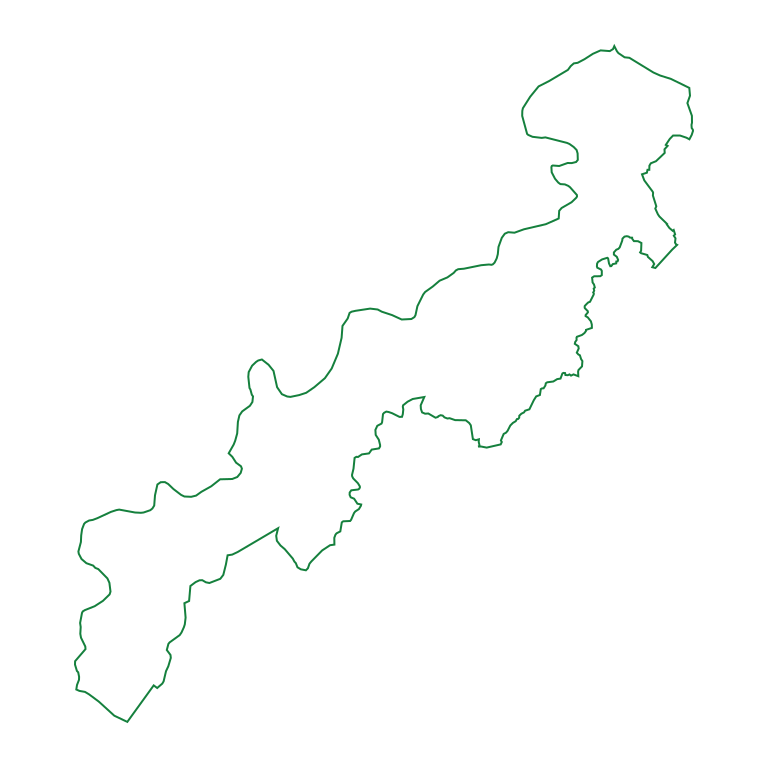 outline of Tuzamapan de Galeana, Puebla, Mexico
{"feature_id": "50627088B82923584373412", "entity_name": "Tuzamapan de Galeana", "entity_type": "district", "adm_level": 2, "iso_a3": "MEX", "parent_name": "Mexico", "parent_adm1": "Puebla", "projection": "mercator", "projection_center": [-97.528, 20.103], "detail": "fine", "context": "isolated", "style": "outline", "palette": "green", "viewbox_px": 768, "rotation_deg": 0, "n_neighbors": 0, "source": "geoboundaries", "source_scale": "gbopen_adm2", "svg_char_len": 6067}
<svg xmlns="http://www.w3.org/2000/svg" viewBox="0 0 768 768"><path d="M76.3,689.5L79.4,690.9L85.0,691.9L89.0,694.3L98.8,701.6L114.3,715.7L127.3,721.9L153.7,685.4L157.2,688.0L162.3,683.6L163.6,681.4L166.0,671.2L168.3,666.3L170.8,657.9L170.5,655.0L166.8,650.0L168.4,643.9L169.6,642.4L179.7,635.1L181.5,632.5L183.9,627.2L184.8,624.4L185.6,617.6L184.4,603.2L189.1,601.0L190.4,586.0L195.6,582.1L199.5,580.3L202.3,580.2L205.9,582.3L209.4,583.0L220.3,578.8L223.3,574.9L225.9,564.5L227.6,555.3L232.2,554.6L237.7,552.0L278.1,528.2L276.2,535.8L276.9,540.8L280.5,545.5L284.8,549.2L292.8,558.6L294.4,561.6L295.8,563.1L297.5,567.3L300.8,569.3L305.9,570.3L307.9,568.3L309.5,563.7L311.4,561.4L322.2,550.4L330.1,545.2L334.4,544.6L334.3,537.8L335.5,534.6L336.6,533.3L340.3,531.4L341.8,522.4L343.2,521.3L350.1,521.0L351.1,519.8L354.0,513.1L355.2,511.5L358.9,509.1L360.9,505.8L361.2,504.5L357.4,503.7L354.1,498.7L350.7,497.3L349.6,494.8L349.7,492.5L351.3,490.3L358.1,489.5L359.3,488.7L359.9,487.4L359.8,486.3L357.9,483.2L353.2,478.4L352.2,476.4L352.0,475.0L353.5,468.7L354.6,457.9L356.4,456.8L358.0,457.0L361.9,454.4L369.0,453.4L371.7,449.6L379.0,448.4L380.1,446.5L380.1,445.0L378.8,439.7L375.7,434.9L375.4,429.9L377.3,425.8L381.5,423.6L382.1,422.2L383.0,414.1L384.1,412.8L386.3,411.6L388.6,412.0L392.1,413.2L399.5,416.9L402.0,416.8L402.8,414.2L403.3,409.4L402.8,406.8L403.1,405.3L407.6,401.7L412.7,399.0L424.3,397.0L420.7,405.3L420.9,408.9L422.1,412.4L425.1,413.7L428.3,413.5L435.5,417.7L437.8,417.0L438.4,416.2L440.6,415.2L442.7,415.6L444.5,417.4L447.4,418.5L449.6,418.2L455.1,420.1L465.8,420.3L469.2,423.0L470.8,425.3L472.9,439.1L475.8,440.2L478.9,439.3L478.7,441.8L479.5,445.3L479.3,446.0L478.2,446.6L481.0,446.5L486.7,447.6L500.7,444.4L501.8,442.0L500.9,440.5L503.7,433.9L506.0,432.7L507.6,430.8L510.3,425.5L512.9,422.9L515.7,421.2L516.9,419.1L518.2,418.9L519.2,417.7L519.3,415.7L521.4,413.7L524.0,412.4L525.1,410.7L529.4,409.3L533.8,400.2L536.2,396.4L539.9,395.0L540.8,389.1L542.0,388.4L543.6,388.3L545.4,385.5L545.8,383.3L547.2,382.3L553.3,381.5L557.2,379.1L560.5,378.6L562.4,373.5L563.4,372.9L565.1,373.1L565.4,375.0L567.8,375.2L569.5,374.4L571.0,375.6L573.5,374.4L578.3,376.2L578.1,371.6L578.5,370.0L582.0,366.4L582.4,361.1L581.1,359.1L579.9,355.3L578.4,354.5L576.8,352.7L578.7,348.5L578.3,346.2L574.8,343.8L575.2,342.0L576.6,340.0L576.5,337.7L576.9,336.8L581.9,335.0L584.4,333.1L585.9,331.1L586.0,329.9L591.9,327.9L591.8,324.5L590.9,321.3L587.8,317.4L585.6,316.1L585.6,315.1L587.9,312.4L587.8,311.2L584.8,308.1L584.6,307.0L584.8,305.9L586.9,303.7L588.3,302.4L590.0,301.8L593.7,294.5L593.8,293.3L593.2,292.5L594.2,290.7L593.7,288.6L594.8,287.5L594.0,284.5L592.6,282.5L592.1,277.6L594.1,276.3L600.3,276.2L601.8,275.1L601.8,270.9L601.0,269.5L597.3,267.7L596.9,266.3L597.1,263.6L598.0,262.0L602.1,259.4L607.3,257.8L608.1,258.4L609.0,263.4L610.3,266.2L611.3,266.1L612.8,264.1L616.2,263.4L616.3,261.5L617.6,261.3L618.1,259.9L616.8,256.8L613.9,254.6L613.9,252.4L616.3,249.7L618.3,248.9L619.7,247.4L622.2,240.7L622.5,238.6L624.5,236.6L626.8,236.2L628.7,236.6L630.0,237.6L632.1,237.7L632.1,238.6L633.9,241.1L638.0,241.2L641.4,243.0L641.1,250.8L640.1,252.4L641.1,253.2L647.3,255.0L647.9,256.9L652.6,261.1L654.2,264.0L652.3,267.2L655.4,268.0L672.1,249.7L677.1,244.9L676.0,244.3L675.0,242.6L675.5,238.3L673.8,235.7L675.1,234.4L673.7,230.0L672.7,230.8L669.4,228.0L666.8,224.4L667.1,224.0L659.4,216.5L657.9,214.3L655.3,208.6L656.3,206.3L652.9,195.5L653.1,192.8L652.7,191.7L644.3,180.4L642.0,174.3L646.9,172.7L647.5,169.8L649.3,169.8L649.4,165.7L650.8,163.3L656.0,161.2L664.7,152.9L664.5,149.3L667.6,145.9L665.8,144.9L669.8,138.9L673.1,135.5L679.9,135.5L686.4,137.7L689.4,139.3L691.7,134.9L693.0,130.9L692.8,129.6L691.7,128.0L691.5,124.9L692.0,122.7L691.9,115.8L687.4,103.1L690.0,95.7L689.3,87.9L670.9,78.9L660.1,75.5L653.4,72.5L629.4,57.8L624.6,57.3L618.4,53.1L616.9,51.2L614.3,46.1L613.0,49.1L609.8,51.1L600.6,50.4L592.9,53.8L584.5,59.2L577.7,62.8L573.8,63.4L570.7,66.1L567.9,69.9L549.2,81.0L538.6,86.4L530.2,96.7L522.9,108.2L522.3,110.9L522.2,115.9L527.1,133.9L528.2,134.9L532.5,136.8L541.7,137.9L545.4,137.4L567.0,142.9L569.5,144.0L573.7,147.0L576.6,150.0L577.6,153.4L577.8,159.9L576.1,162.0L571.7,163.1L567.6,163.0L559.2,166.0L552.8,165.5L551.8,166.0L551.4,167.1L551.7,172.3L555.0,178.7L558.3,182.6L560.4,184.1L564.9,184.4L568.3,185.9L570.0,187.2L576.9,195.0L577.0,196.5L576.3,197.7L571.6,202.2L561.6,208.0L559.2,210.8L558.7,218.5L545.8,224.2L523.9,229.3L514.5,232.7L508.2,232.2L504.8,233.7L501.8,237.8L498.5,246.9L497.8,254.2L496.7,258.4L494.6,262.6L492.9,264.3L491.6,264.8L488.9,264.5L481.2,265.2L464.0,268.7L458.2,269.2L455.9,270.4L453.7,272.9L447.4,277.4L439.6,280.7L432.8,286.5L425.1,292.0L423.2,294.5L417.4,306.2L415.5,315.1L414.4,317.1L411.4,319.0L401.7,319.5L392.1,315.1L381.8,311.7L377.7,309.5L370.1,308.6L355.6,310.8L351.6,311.7L349.6,312.9L347.7,318.5L342.5,325.9L341.6,337.8L337.9,353.7L331.7,368.5L324.9,378.2L314.3,387.2L306.2,392.8L299.1,395.1L290.4,396.9L287.2,396.5L281.9,394.2L277.1,387.2L273.5,370.9L268.6,364.8L261.9,359.5L258.2,360.5L256.1,361.9L252.1,365.7L248.7,372.1L248.3,376.8L249.5,388.0L250.4,389.5L251.8,394.7L253.0,396.4L252.4,402.0L249.9,405.8L242.2,411.4L239.4,415.4L237.9,421.9L237.2,433.4L235.2,440.7L233.7,444.5L228.7,453.3L232.3,456.8L236.1,462.7L241.0,466.3L241.9,468.7L240.7,472.9L237.3,477.0L232.2,479.0L220.1,479.3L211.2,486.3L201.4,491.8L196.1,495.6L191.2,496.8L184.4,496.5L181.1,494.9L173.4,489.0L168.2,484.0L164.9,482.1L160.7,482.2L157.4,484.5L155.0,495.3L154.2,505.6L152.4,508.5L150.3,510.2L143.6,512.5L140.9,512.8L135.0,512.5L119.2,509.6L116.4,510.1L110.9,511.9L97.3,518.2L92.8,519.9L89.1,520.5L85.4,522.5L84.1,523.9L82.1,529.1L81.2,535.4L80.9,542.0L78.4,551.5L78.8,553.8L81.5,559.0L86.4,563.2L93.2,565.6L95.3,567.9L98.3,569.1L107.4,578.4L109.4,582.8L110.5,591.6L109.6,594.4L102.9,600.9L94.7,606.2L84.9,610.1L82.8,611.4L82.0,612.9L80.1,623.0L80.7,627.0L80.3,633.8L81.0,637.7L85.3,646.5L85.5,649.1L75.1,661.2L75.0,664.6L76.9,670.9L78.2,672.3L79.1,676.8L79.0,679.8L77.0,685.0L76.3,689.5Z" fill="none" stroke="#15803d" stroke-width="2"/></svg>